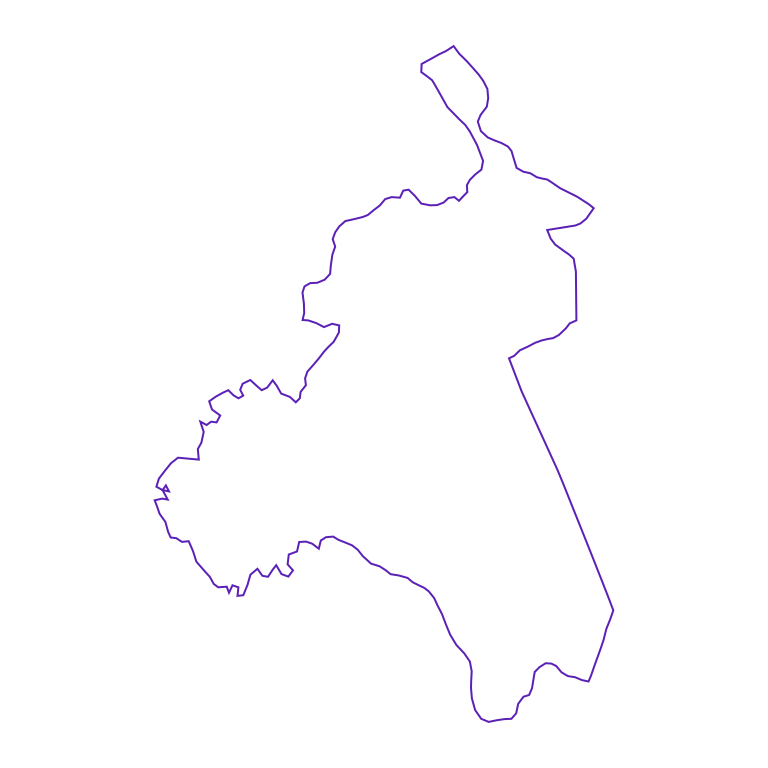 Araquari, Santa Catarina, Brazil
{"feature_id": "56859067B70811367539242", "entity_name": "Araquari", "entity_type": "district", "adm_level": 2, "iso_a3": "BRA", "parent_name": "Brazil", "parent_adm1": "Santa Catarina", "projection": "natural_earth1", "projection_center": [-48.775, -26.443], "detail": "fine", "context": "isolated", "style": "outline", "palette": "violet", "viewbox_px": 768, "rotation_deg": 0, "n_neighbors": 0, "source": "geoboundaries", "source_scale": "gbopen_adm2", "svg_char_len": 3294}
<svg xmlns="http://www.w3.org/2000/svg" viewBox="0 0 768 768"><path d="M593.7,208.2L589.2,204.5L577.3,196.8L560.1,188.2L552.0,182.6L547.2,179.5L541.9,178.5L536.8,177.2L530.4,173.3L523.3,171.7L516.6,167.9L513.8,158.8L511.5,151.0L507.9,146.5L501.4,143.0L494.0,140.2L487.7,137.4L480.9,131.1L477.8,121.6L480.6,114.9L486.8,106.7L488.2,98.2L487.4,89.0L483.2,80.8L478.4,74.2L467.3,61.7L459.2,53.7L453.6,46.1L445.9,51.1L439.5,54.1L421.6,64.0L421.3,72.1L427.2,76.4L432.2,80.3L437.1,88.7L447.4,107.1L459.5,119.5L465.3,125.0L469.9,131.6L477.0,144.9L483.1,160.9L481.4,169.6L475.3,174.4L469.9,179.8L466.9,185.2L467.3,192.1L462.8,196.7L459.0,200.8L454.4,197.1L448.5,198.0L443.7,202.5L437.1,205.1L430.0,205.3L421.3,203.6L415.0,196.0L408.6,189.7L403.3,190.6L399.9,197.7L391.7,197.1L385.2,199.1L379.8,205.5L373.5,210.3L367.8,215.0L362.8,217.0L354.3,219.1L345.3,221.1L339.2,226.5L335.2,232.3L332.7,239.1L335.2,246.6L332.4,254.6L330.8,265.6L330.1,273.9L324.7,279.7L317.2,282.8L310.2,283.1L304.5,286.4L302.5,292.5L303.9,303.7L304.2,313.0L302.6,320.0L308.2,320.4L316.1,323.0L324.0,327.1L332.1,323.8L339.2,325.4L338.9,332.5L333.7,341.8L328.5,346.8L324.3,351.3L318.6,358.7L312.9,365.4L307.4,371.6L305.1,378.3L305.9,385.2L300.6,391.9L299.8,398.3L295.8,402.3L289.9,396.9L281.2,393.6L276.7,385.7L272.7,380.3L267.2,387.6L261.7,390.2L256.5,385.7L250.3,380.0L242.7,383.7L240.2,389.8L243.2,395.6L238.5,398.3L233.5,395.3L228.3,390.2L222.7,392.8L215.7,396.7L209.2,401.3L212.0,409.5L220.2,415.5L216.6,422.4L211.1,421.7L206.6,425.0L200.3,421.6L203.7,431.9L201.4,442.6L197.8,449.1L198.8,459.6L187.9,458.6L178.0,457.7L170.9,463.3L165.1,470.5L158.9,478.6L156.4,486.7L162.6,490.1L167.7,499.6L162.3,498.6L154.7,500.3L156.9,506.0L159.6,513.8L165.4,521.9L168.2,532.1L170.7,537.5L176.3,538.2L182.0,541.9L188.7,541.2L193.0,551.1L196.4,561.7L204.7,571.2L209.8,576.8L213.8,584.0L218.3,587.3L226.7,586.7L229.0,592.7L232.5,585.3L238.4,587.3L237.5,595.9L243.3,595.2L247.5,584.9L250.4,574.7L257.4,568.8L262.4,575.8L268.0,576.8L272.7,569.7L276.2,565.2L281.5,574.1L288.3,576.6L293.0,570.4L287.6,564.3L288.8,554.5L297.0,551.5L299.2,542.0L306.0,541.6L312.2,543.7L318.8,548.7L320.8,540.5L326.0,537.2L333.2,536.6L338.6,539.9L343.7,541.9L352.0,545.3L357.7,549.7L362.8,556.1L371.0,563.6L379.6,566.3L385.5,570.1L390.6,574.2L398.5,575.4L407.5,577.9L412.8,582.3L418.2,585.0L424.3,587.9L428.8,591.4L434.2,598.1L437.6,605.6L442.0,614.1L446.0,624.6L450.2,634.8L456.4,645.0L464.3,653.4L469.9,661.6L471.7,671.4L471.2,680.5L471.0,687.9L471.9,698.4L475.1,710.0L481.2,718.8L488.7,721.9L497.0,720.2L504.5,719.1L511.4,718.8L516.2,713.3L518.2,703.8L523.5,696.7L529.1,695.0L532.0,688.3L533.1,681.5L534.7,672.0L539.3,667.3L545.7,663.2L551.4,663.6L556.2,666.0L561.5,672.3L567.9,676.1L575.0,677.2L582.0,680.1L588.5,681.5L591.0,675.7L594.6,665.3L598.3,655.1L601.1,647.3L603.6,639.8L606.3,629.0L610.4,618.8L613.3,610.4L609.6,600.5L604.7,587.9L590.7,552.4L563.2,483.7L557.3,469.5L521.6,391.3L509.0,358.3L514.1,355.9L520.0,350.2L528.1,346.5L535.1,342.8L541.9,340.4L547.8,339.0L553.2,338.1L559.0,334.9L566.0,328.2L569.7,323.4L576.4,320.4L575.9,271.7L573.7,258.7L568.9,254.4L563.8,250.9L555.1,244.5L550.7,238.7L547.2,230.0L575.4,225.5L580.4,223.5L586.3,218.7L593.7,208.2ZM162.6,490.1L165.9,485.4L169.0,491.4L162.6,490.1Z" fill="none" stroke="#5b21b6" stroke-width="2"/></svg>